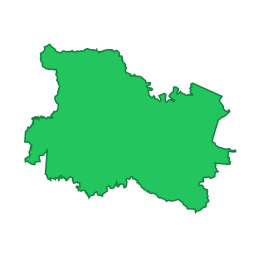 outline of Hawkesbury, New South Wales, Australia, rotated 265°
{"feature_id": "25037944B69069268480762", "entity_name": "Hawkesbury", "entity_type": "district", "adm_level": 2, "iso_a3": "AUS", "parent_name": "Australia", "parent_adm1": "New South Wales", "projection": "mercator", "projection_center": [150.826, -33.341], "detail": "fine", "context": "isolated", "style": "filled", "palette": "green", "viewbox_px": 256, "rotation_deg": 265, "n_neighbors": 0, "source": "geoboundaries", "source_scale": "gbopen_adm2", "svg_char_len": 5741}
<svg xmlns="http://www.w3.org/2000/svg" viewBox="0 0 256 256"><g transform="rotate(265 128 128)"><path d="M151.3,224.4L167.0,196.2L166.2,194.6L165.3,195.2L164.6,194.4L163.4,195.1L163.1,193.9L162.1,193.1L160.2,194.1L158.8,193.1L157.7,193.6L156.9,193.3L156.3,195.1L155.2,195.2L155.1,193.3L156.1,191.3L155.2,188.8L156.8,187.3L158.0,184.6L159.9,183.3L157.8,181.1L157.5,180.2L159.2,179.6L161.1,181.4L162.8,181.5L164.2,179.9L164.9,177.9L164.4,177.0L160.5,176.4L158.1,173.1L156.2,171.7L155.4,172.1L151.4,176.8L150.4,176.5L150.1,175.7L152.5,173.4L152.5,172.3L152.1,170.8L150.4,168.8L150.5,168.2L151.9,167.5L157.9,168.6L159.1,167.8L159.2,167.1L157.4,161.6L154.0,163.1L152.5,162.9L151.6,161.9L154.1,160.0L154.7,157.2L155.5,156.9L156.9,157.3L157.4,156.8L157.7,156.3L156.2,155.1L156.3,154.1L158.8,151.8L164.1,151.4L163.4,154.7L164.2,155.7L165.5,155.2L166.6,150.9L168.0,150.1L169.0,153.4L170.4,154.4L171.0,154.2L171.5,153.5L170.9,151.0L171.1,150.0L173.5,149.6L177.4,145.9L178.2,144.2L179.3,139.3L180.4,139.5L180.8,139.1L179.5,138.1L179.4,137.0L180.2,136.2L179.8,135.8L180.3,135.8L180.2,135.0L181.7,134.7L183.5,130.7L184.1,130.9L186.3,130.1L187.6,131.7L189.4,131.0L189.6,130.4L191.3,131.0L193.4,129.7L194.1,128.5L195.9,128.7L196.5,127.8L197.8,128.4L199.8,128.1L200.4,127.5L200.3,125.6L201.3,125.3L203.5,126.1L206.2,123.6L206.3,122.7L204.9,121.0L206.4,120.1L206.6,119.2L207.3,119.0L207.5,117.9L206.9,117.5L207.9,115.2L207.3,114.0L207.7,112.7L207.2,112.2L207.3,110.6L206.1,109.6L206.7,109.0L206.4,106.5L205.5,105.8L206.4,105.7L207.5,103.6L208.9,103.6L208.1,102.9L208.3,101.5L208.8,101.0L208.5,100.1L209.0,99.7L208.7,98.6L210.6,94.3L209.6,91.5L208.7,91.3L208.5,90.3L208.9,88.5L208.5,85.6L209.2,84.1L208.1,82.8L208.8,80.1L210.0,79.1L209.2,77.9L209.4,74.9L209.1,74.2L210.4,70.0L208.8,67.8L209.5,64.9L210.9,62.8L213.2,61.9L215.4,59.0L218.0,57.5L217.9,56.5L216.7,54.5L216.0,51.8L215.3,52.1L212.6,51.6L211.2,50.1L209.9,47.3L208.5,47.7L207.1,47.2L205.8,47.7L204.8,46.8L201.6,47.3L201.1,48.2L199.7,48.6L198.6,48.1L196.7,48.3L195.3,50.7L194.1,51.7L194.2,52.5L193.1,54.7L193.2,57.6L192.4,59.6L192.9,61.5L192.4,61.7L191.0,61.5L189.6,62.2L188.4,61.0L186.7,61.0L186.3,61.7L184.3,62.3L183.4,61.7L182.5,61.8L181.9,61.2L180.4,61.9L179.7,62.9L178.4,62.3L176.7,63.4L174.7,63.4L173.5,62.5L173.1,62.8L172.6,62.3L171.6,62.3L170.7,61.2L168.6,61.4L167.8,60.5L166.5,60.2L165.9,58.3L164.0,57.7L162.9,58.1L162.1,57.9L159.2,59.1L157.9,60.8L153.9,60.1L151.1,58.7L150.4,56.4L150.9,55.6L149.3,55.0L149.1,54.2L147.4,52.5L146.1,52.5L145.5,53.6L144.4,53.7L144.7,52.1L145.6,51.3L144.8,50.5L146.0,49.3L144.9,48.2L144.7,46.6L146.6,45.3L145.5,44.0L145.6,43.5L146.9,43.4L147.4,42.5L146.0,41.9L146.4,41.0L145.9,39.9L144.4,39.8L145.8,38.8L147.0,39.1L146.3,37.9L145.1,37.9L145.4,36.7L145.9,37.1L147.2,37.0L147.1,36.0L145.8,35.1L146.5,34.0L146.3,33.6L145.5,33.1L144.3,34.7L143.3,34.0L142.2,34.4L141.4,33.2L140.1,34.0L139.9,32.8L139.3,32.6L139.0,31.7L137.1,31.1L136.8,29.6L137.6,29.1L137.4,28.3L136.1,28.7L135.5,27.5L133.8,27.0L133.6,25.7L123.1,24.0L122.4,28.4L121.3,28.6L120.1,29.4L119.9,30.1L118.5,30.6L118.2,29.9L117.3,30.0L117.5,29.5L116.0,29.4L116.0,28.8L114.6,29.2L113.6,27.8L112.9,27.6L111.1,27.5L109.8,28.3L109.3,27.4L107.6,27.0L107.8,25.5L106.9,23.8L106.0,23.5L106.0,22.8L103.2,22.9L103.6,24.3L103.2,25.7L101.0,27.9L99.6,31.2L99.8,32.0L101.5,32.3L102.3,33.6L102.3,37.5L104.4,37.3L106.0,36.6L108.2,37.5L108.2,40.7L108.7,41.7L110.9,43.5L111.5,44.8L114.0,45.8L89.1,41.7L88.9,42.6L84.1,44.0L84.3,45.5L83.5,45.4L82.8,46.4L84.3,45.9L85.0,46.2L83.8,49.4L84.8,51.0L83.2,51.2L84.5,52.1L84.1,54.0L83.1,54.6L82.3,54.2L81.8,54.5L82.9,55.3L83.8,54.9L85.8,55.5L86.4,57.4L83.9,56.9L83.8,58.4L84.5,59.0L84.5,60.1L83.4,60.4L82.9,61.9L81.8,61.2L81.0,62.1L82.5,64.1L84.0,65.0L84.4,66.2L83.9,67.5L82.6,68.7L80.5,68.0L79.5,68.8L77.9,68.9L77.9,70.4L78.8,72.7L77.5,73.3L77.7,74.4L77.2,75.1L73.6,75.0L74.5,72.2L74.4,71.6L73.7,71.3L73.0,71.6L72.2,73.2L69.9,73.1L69.9,74.8L69.1,75.9L70.1,77.3L69.2,79.8L67.1,80.2L66.8,81.3L65.8,81.1L65.2,82.4L63.8,82.1L63.0,83.0L61.9,83.1L63.6,84.3L64.3,88.0L66.5,89.3L67.2,91.2L63.9,92.2L63.4,93.2L63.5,95.0L62.4,96.0L62.4,96.7L64.3,97.0L67.1,101.9L68.4,102.3L69.9,101.3L71.3,102.1L71.8,104.7L69.7,104.8L69.2,106.7L69.4,107.6L70.5,109.4L75.1,112.1L72.7,112.5L71.3,111.9L70.5,112.5L70.3,113.5L72.5,114.7L72.9,117.2L71.2,119.1L69.0,118.7L69.0,120.0L69.7,120.9L71.1,121.5L75.0,122.2L76.4,121.6L77.2,122.0L77.7,123.0L76.8,124.7L77.5,125.6L79.0,126.4L79.1,127.9L78.5,128.6L77.0,128.4L76.5,131.0L75.5,131.2L74.9,132.9L72.8,132.3L72.8,133.5L71.3,133.9L70.9,135.4L67.9,136.3L66.7,137.6L66.5,138.5L65.4,138.6L64.6,140.4L62.6,142.0L63.3,143.0L61.4,143.8L60.7,146.0L60.9,147.3L60.5,148.6L58.7,150.8L56.1,152.2L55.6,153.7L55.9,154.6L54.5,156.4L54.0,158.3L51.7,159.8L52.4,162.4L51.5,164.5L51.5,166.9L52.5,171.8L51.0,173.8L50.3,174.1L50.0,175.4L46.6,176.8L46.0,178.3L45.0,178.5L44.1,180.0L42.4,180.0L41.3,187.6L38.0,188.0L39.4,189.4L39.4,191.1L40.2,193.2L42.3,196.1L42.6,198.5L43.3,199.1L45.3,198.8L46.1,199.6L46.9,199.6L47.8,202.0L49.8,201.7L51.5,200.7L52.8,201.8L55.4,200.9L58.5,201.8L59.7,201.5L59.8,200.2L61.6,198.0L63.7,197.6L64.7,196.5L64.5,193.9L65.4,193.6L67.3,194.0L67.3,195.2L68.7,196.6L67.8,197.7L68.0,198.4L68.8,198.8L71.3,198.2L72.4,199.5L71.7,201.1L72.3,204.0L70.7,206.2L71.9,210.1L76.2,211.0L76.7,214.0L78.2,212.6L79.7,212.4L81.6,211.4L83.4,212.4L85.4,211.3L82.9,226.2L85.3,226.9L85.4,226.0L89.7,226.3L90.0,225.0L96.0,225.9L95.0,230.7L95.0,233.0L96.4,233.2L96.4,229.4L96.9,228.4L98.5,227.4L98.3,223.4L101.1,216.4L103.1,213.8L105.4,213.2L106.7,210.8L109.9,211.4L127.8,218.5L130.0,221.6L131.5,225.4L135.5,230.8L137.2,230.2L137.0,229.6L136.1,229.5L135.7,228.2L137.1,225.8L139.3,224.5L141.3,224.8L147.4,221.2L151.3,224.4Z" fill="#22c55e" stroke="#15803d" stroke-width="1.5"/></g></svg>